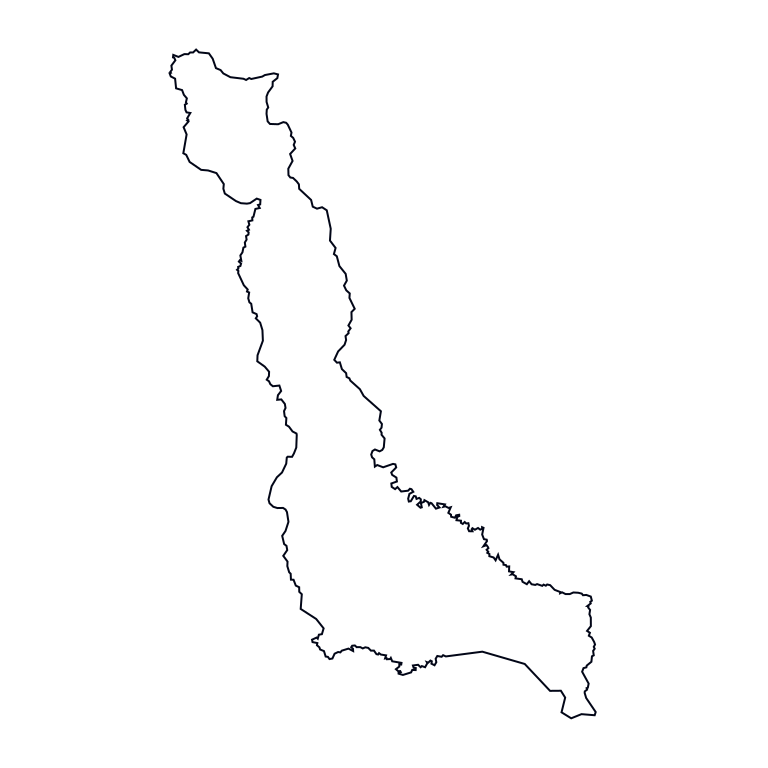 Laranjal do Jari, Amapá, Brazil (orthographic projection), rotated 189°
{"feature_id": "56859067B40732020557984", "entity_name": "Laranjal do Jari", "entity_type": "district", "adm_level": 2, "iso_a3": "BRA", "parent_name": "Brazil", "parent_adm1": "Amapá", "projection": "orthographic", "projection_center": [-53.198, 0.775], "detail": "fine", "context": "isolated", "style": "outline", "palette": "ink", "viewbox_px": 768, "rotation_deg": 189, "n_neighbors": 0, "source": "geoboundaries", "source_scale": "gbopen_adm2", "svg_char_len": 6160}
<svg xmlns="http://www.w3.org/2000/svg" viewBox="0 0 768 768"><g transform="rotate(189 384 384)"><path d="M552.3,668.6L562.8,664.5L565.0,665.1L567.8,662.7L570.5,663.5L583.7,663.0L591.3,665.6L594.5,668.5L599.4,669.7L604.1,678.5L608.7,683.2L618.6,682.6L621.9,684.9L624.4,681.6L627.4,681.1L628.9,679.1L632.8,678.6L638.2,674.9L643.6,676.1L643.5,673.6L642.2,673.4L640.7,671.1L643.8,665.2L642.6,661.3L643.9,658.8L643.2,658.0L644.4,657.4L642.7,654.4L638.1,652.9L635.6,643.5L629.4,642.7L626.9,638.3L623.4,635.3L623.7,631.2L622.7,630.1L624.4,628.7L623.0,623.6L621.5,621.4L617.7,621.4L620.0,615.6L618.6,614.2L619.6,613.5L618.2,612.6L622.1,606.3L618.0,599.6L618.3,580.5L615.2,579.4L610.7,572.9L598.1,566.9L591.1,567.4L582.5,566.1L573.5,556.4L573.2,551.7L571.0,547.2L558.8,541.5L553.6,540.2L547.6,540.7L544.6,541.7L538.7,547.2L534.8,546.5L534.4,542.0L536.4,541.1L534.3,538.4L538.4,536.8L539.1,528.8L540.2,527.9L539.6,525.0L543.4,523.5L541.9,520.2L543.4,517.5L541.5,515.2L543.3,513.9L541.4,512.6L541.3,510.4L543.4,508.5L542.3,505.1L543.6,502.0L542.4,498.0L544.2,496.7L544.4,491.9L546.0,488.5L544.2,483.4L545.7,483.8L546.5,482.2L544.0,480.6L544.3,478.1L546.4,476.8L545.9,475.2L547.0,473.8L545.5,472.9L545.4,470.7L537.9,459.6L533.4,456.0L533.8,453.9L531.5,453.3L531.5,447.4L529.7,443.6L527.7,442.5L525.0,434.2L520.8,433.1L519.9,431.0L520.9,428.8L515.9,425.2L512.5,418.2L510.4,407.8L513.4,392.6L512.7,386.6L504.5,382.5L499.4,378.1L498.9,373.8L500.5,369.9L498.0,368.7L496.2,366.0L493.4,364.4L487.1,366.1L484.5,361.0L487.0,356.4L487.0,351.7L483.0,352.7L478.8,348.8L477.5,344.9L478.5,341.6L477.1,336.7L475.1,335.1L474.5,328.4L471.2,327.0L466.9,322.8L462.7,321.4L462.2,320.0L460.7,307.5L462.1,301.3L463.4,297.7L467.8,297.1L468.5,296.1L468.1,290.0L470.9,280.6L475.2,275.1L479.0,265.5L480.0,251.8L478.4,248.3L474.1,245.4L469.9,244.8L464.3,245.8L461.6,244.6L459.8,242.3L456.8,232.9L458.3,223.4L460.8,218.1L457.6,210.3L455.0,208.9L453.6,204.8L456.6,198.5L451.5,193.5L451.0,189.0L448.2,183.2L446.5,182.0L445.3,176.2L442.7,176.5L439.6,171.1L436.0,170.0L435.2,165.5L432.3,163.5L431.1,148.8L414.2,141.3L405.4,133.2L406.2,127.2L409.1,126.2L409.6,122.1L410.9,123.0L415.1,120.2L414.2,117.9L409.3,117.7L409.4,115.5L406.6,113.8L405.6,111.8L401.5,110.8L399.0,105.7L396.7,105.7L394.8,103.8L392.0,104.8L390.6,109.9L387.4,112.1L385.1,112.1L384.0,114.0L377.7,117.1L372.7,115.4L373.2,117.6L375.2,118.9L374.5,120.5L371.9,121.2L369.8,119.8L366.2,120.4L363.6,119.5L361.3,121.0L358.3,120.9L355.2,118.6L352.2,119.1L349.2,116.0L347.5,115.9L346.8,117.4L344.8,116.3L339.5,116.3L340.0,113.1L338.6,113.6L338.1,112.6L334.9,113.3L334.4,114.5L332.5,111.4L323.1,111.3L323.1,109.6L325.0,109.4L324.7,107.3L327.6,104.2L324.9,102.5L323.1,103.0L322.4,102.1L324.5,101.3L324.3,100.2L319.8,99.6L312.1,103.4L311.4,106.0L308.0,106.4L308.2,108.4L310.3,108.3L311.4,110.5L306.4,112.0L303.5,110.0L302.5,111.3L299.1,110.7L297.5,115.1L298.2,116.0L296.7,115.7L294.9,118.1L293.4,117.6L293.4,115.2L290.1,114.1L288.8,117.4L290.0,120.7L288.8,123.7L284.4,123.6L283.2,125.4L280.3,124.6L245.0,135.0L201.2,129.5L172.0,106.9L161.3,108.7L156.0,102.6L157.3,87.5L146.8,83.1L137.3,88.8L124.1,89.8L123.6,93.1L135.2,105.5L137.5,110.3L137.6,111.8L135.6,113.9L136.3,115.3L135.2,115.9L135.0,120.1L143.3,130.8L142.5,134.6L139.8,135.8L139.7,137.6L135.7,142.1L136.0,147.6L134.4,148.8L135.7,153.1L134.5,155.5L135.7,157.2L134.8,159.7L136.1,162.1L139.2,166.1L142.3,167.4L141.7,170.5L144.8,171.9L141.8,177.2L143.2,185.7L145.1,188.7L145.1,193.1L147.4,195.2L147.3,196.5L148.4,196.5L145.5,199.6L146.2,201.1L144.8,202.5L146.5,206.4L151.2,207.3L154.4,206.5L155.9,207.9L159.6,208.2L164.4,207.7L167.6,205.6L171.8,204.9L175.5,206.1L177.3,204.9L177.3,206.1L183.3,207.4L188.4,211.3L191.5,211.5L192.6,210.1L195.0,210.8L196.1,209.4L201.5,210.3L203.2,209.2L206.9,209.3L209.8,211.9L211.6,208.6L216.2,210.3L217.4,212.7L223.7,212.6L223.6,214.7L227.1,216.2L228.6,215.7L226.7,218.4L231.2,218.5L231.8,223.4L234.3,222.8L235.2,224.2L237.7,224.2L238.1,226.1L242.5,228.9L244.6,233.2L246.2,227.3L248.6,229.8L253.0,230.4L253.3,232.6L255.5,233.4L254.8,234.6L256.7,236.3L255.2,238.2L255.8,239.2L257.5,240.9L260.4,239.3L257.7,245.0L258.2,246.3L261.0,246.4L263.5,250.7L263.2,257.5L264.7,257.9L264.4,256.3L266.2,255.2L268.6,256.5L271.4,254.3L274.1,255.4L274.7,254.2L273.6,252.4L276.9,251.9L278.6,254.5L277.9,257.2L278.9,259.7L281.0,259.1L282.7,260.3L284.3,258.1L286.3,258.9L286.6,261.0L291.1,260.8L290.8,264.2L289.0,265.4L289.3,266.6L292.2,265.6L293.1,263.0L296.9,263.4L297.4,265.4L300.3,266.8L298.8,272.7L300.9,271.7L304.2,272.8L306.1,272.0L305.0,274.6L312.7,274.6L312.6,272.8L309.9,270.7L313.2,269.0L318.4,273.7L319.6,273.9L320.6,271.6L321.9,274.1L325.9,275.6L326.1,273.9L328.9,272.1L327.4,268.1L328.6,267.5L332.4,269.9L329.3,273.8L329.6,275.9L331.4,277.0L333.9,275.6L335.1,278.0L336.9,278.1L339.2,272.4L341.1,271.8L342.2,274.5L341.7,279.5L338.2,282.1L340.4,284.4L342.0,284.6L343.5,282.4L350.2,280.5L354.6,284.3L356.6,281.9L360.3,283.6L361.2,286.9L356.0,289.7L357.1,293.5L361.7,295.5L363.0,297.7L358.9,303.5L360.2,306.4L362.6,306.5L371.8,301.6L378.0,302.9L380.1,301.0L381.8,308.1L384.3,309.7L385.6,312.3L384.9,316.0L382.7,317.9L377.8,316.8L375.4,318.6L374.3,321.4L374.9,330.3L378.5,333.5L378.7,335.5L380.9,338.1L379.6,340.5L379.8,344.2L382.9,347.2L382.8,356.6L402.2,369.0L407.0,375.1L417.8,382.1L419.1,384.2L422.0,385.1L423.1,388.8L427.9,392.1L431.0,398.5L433.8,397.7L436.9,400.1L434.4,409.0L429.1,416.6L428.3,421.5L429.5,425.3L426.9,428.7L427.5,430.3L425.7,433.8L428.3,436.2L426.0,442.4L427.4,449.9L424.7,453.7L431.6,463.6L432.0,468.1L435.9,470.6L438.9,474.9L436.9,480.3L439.1,486.8L446.5,493.5L450.6,502.8L453.8,504.5L453.1,510.8L459.8,517.2L460.9,529.0L467.7,546.6L472.8,548.9L477.6,546.7L482.1,548.0L484.8,554.4L498.3,563.5L499.3,567.9L501.9,570.4L506.1,573.3L508.8,573.3L511.0,575.3L512.2,581.7L509.2,590.0L512.7,596.5L508.5,602.8L510.6,606.0L509.8,609.4L512.2,612.9L514.8,614.5L514.7,617.9L519.6,625.1L521.5,626.7L524.4,626.9L529.2,624.0L537.3,623.0L540.0,625.2L542.3,632.5L542.7,636.7L541.6,639.0L544.1,644.2L545.0,649.6L544.1,653.8L540.6,660.6L541.2,665.1L537.2,669.4L537.1,673.2L541.4,673.6L550.0,670.5L552.3,668.6Z" fill="none" stroke="#020617" stroke-width="2"/></g></svg>